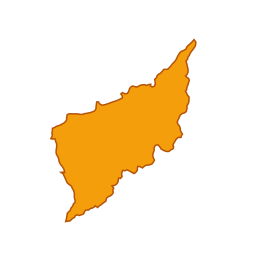 Piracaia, São Paulo, Brazil (Mercator projection), rotated 324°
{"feature_id": "56859067B75407524474731", "entity_name": "Piracaia", "entity_type": "district", "adm_level": 2, "iso_a3": "BRA", "parent_name": "Brazil", "parent_adm1": "São Paulo", "projection": "mercator", "projection_center": [-46.293, -23.043], "detail": "fine", "context": "isolated", "style": "filled", "palette": "amber", "viewbox_px": 256, "rotation_deg": 324, "n_neighbors": 0, "source": "geoboundaries", "source_scale": "gbopen_adm2", "svg_char_len": 3161}
<svg xmlns="http://www.w3.org/2000/svg" viewBox="0 0 256 256"><g transform="rotate(324 128 128)"><path d="M22.6,167.1L24.6,168.0L26.6,169.1L29.6,168.6L32.2,168.9L33.7,168.1L35.7,168.2L37.1,170.1L39.5,170.9L41.8,171.4L43.2,170.3L45.5,169.5L47.9,171.2L50.1,171.0L52.1,171.8L54.0,172.1L55.9,171.8L56.7,174.5L59.2,174.1L61.1,174.2L62.7,174.2L64.6,174.1L67.1,174.2L69.3,172.2L71.5,172.0L73.0,172.3L74.8,172.6L76.9,172.2L78.4,171.3L79.2,169.3L81.0,168.4L81.1,165.4L83.3,166.5L85.7,166.7L88.3,165.7L89.5,164.3L90.9,163.1L92.2,164.4L94.6,163.9L95.6,161.7L97.2,160.1L99.0,159.3L100.4,160.8L102.6,161.2L103.6,163.0L104.8,165.6L106.1,168.4L108.1,168.5L110.7,167.7L112.0,166.0L113.4,164.8L115.1,166.5L116.2,168.8L119.1,168.5L121.2,169.0L123.2,170.3L126.3,171.2L128.7,170.5L130.5,169.5L131.2,166.2L132.2,164.3L133.8,163.0L136.1,161.4L137.5,159.3L139.9,158.1L142.4,159.2L142.6,162.0L142.5,164.7L143.8,167.3L145.4,169.7L147.3,171.0L149.5,170.9L152.4,171.3L153.9,170.1L154.2,168.3L156.2,167.2L158.5,166.2L160.6,165.3L163.2,165.2L165.3,166.8L166.9,165.4L168.4,165.1L168.6,163.3L168.8,161.1L170.1,159.0L170.8,156.6L170.6,154.8L171.2,152.3L172.6,151.2L174.4,150.3L176.0,149.2L178.2,148.2L180.7,148.2L182.9,149.1L184.8,148.9L187.2,146.9L188.9,144.5L190.8,143.9L192.8,142.4L194.4,140.4L195.6,138.7L195.4,136.1L196.0,134.0L196.0,132.1L198.0,131.5L199.3,129.9L201.5,128.6L203.9,126.7L205.7,125.4L206.1,123.4L205.5,121.7L205.2,119.7L207.0,119.5L209.5,118.0L211.0,115.9L211.7,114.3L212.5,112.4L213.6,109.9L214.2,108.0L216.5,107.4L218.2,105.9L220.2,105.3L221.7,104.3L224.1,103.4L227.2,102.5L229.7,101.6L231.2,100.8L232.3,99.6L233.4,98.4L233.4,95.3L230.0,96.1L227.8,96.4L224.8,96.6L222.9,97.2L221.4,98.2L219.6,98.1L218.1,97.8L216.2,97.3L213.8,97.6L210.2,99.2L207.9,100.5L205.9,101.4L204.2,101.8L202.1,102.1L199.8,102.8L197.6,103.3L194.8,103.8L193.4,103.0L191.3,101.6L189.4,102.2L186.6,102.8L184.4,102.5L182.2,102.8L180.5,104.1L178.3,104.3L177.1,106.4L176.0,108.4L173.8,109.7L171.7,109.0L170.9,107.2L172.1,106.0L170.3,105.0L167.9,104.4L166.9,102.7L164.7,101.3L162.3,100.5L159.3,100.1L158.0,98.7L156.4,96.7L154.6,96.5L152.5,97.0L150.2,98.7L148.0,99.6L146.3,99.1L145.0,97.6L144.4,96.1L142.2,96.2L142.2,98.6L141.0,100.4L135.2,99.3L128.5,97.2L126.8,96.8L125.0,96.2L122.6,95.4L120.5,94.4L119.3,92.0L119.4,89.4L118.0,88.5L116.6,89.9L114.7,92.1L113.3,93.6L111.7,94.4L109.9,94.4L108.0,93.8L106.1,93.2L104.4,92.4L102.7,91.6L101.0,90.7L99.1,90.2L97.3,88.9L95.8,87.2L94.1,85.9L92.1,84.5L90.0,82.8L88.2,81.7L86.6,81.5L84.5,83.5L83.2,85.2L81.2,86.1L79.2,86.3L77.5,86.1L75.9,85.9L73.7,85.5L71.2,84.6L68.5,84.4L66.7,83.8L65.0,86.0L63.6,87.2L62.8,89.0L61.3,90.4L59.3,91.3L60.8,92.9L62.6,93.7L61.7,96.0L61.0,98.7L59.7,100.7L58.6,102.0L57.0,103.5L55.3,105.7L54.6,107.4L54.4,109.5L54.0,111.6L52.5,114.8L52.0,117.9L52.2,121.2L51.8,124.1L50.5,126.8L49.4,125.5L47.7,124.5L48.6,127.1L48.2,128.8L47.8,131.0L47.4,132.9L47.0,134.7L46.6,136.5L47.0,138.4L48.1,142.1L47.5,143.8L47.4,145.6L46.8,148.0L45.5,150.4L44.4,151.6L43.5,153.3L42.6,155.5L41.3,157.2L39.2,157.3L37.4,158.7L34.9,159.2L33.0,160.6L30.5,161.0L28.7,161.4L26.5,163.6L24.6,165.4L22.6,167.1Z" fill="#f59e0b" stroke="#b45309" stroke-width="1.5"/></g></svg>